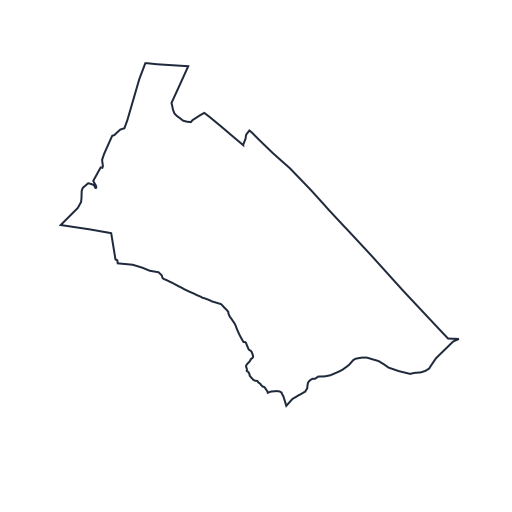 outline of Fantanele, Arad, Romania, rotated 130°
{"feature_id": "2599482B83782028034718", "entity_name": "Fantanele", "entity_type": "district", "adm_level": 2, "iso_a3": "ROU", "parent_name": "Romania", "parent_adm1": "Arad", "projection": "equal_earth", "projection_center": [21.396, 46.094], "detail": "fine", "context": "isolated", "style": "outline", "palette": "slate", "viewbox_px": 512, "rotation_deg": 130, "n_neighbors": 0, "source": "geoboundaries", "source_scale": "gbopen_adm2", "svg_char_len": 2993}
<svg xmlns="http://www.w3.org/2000/svg" viewBox="0 0 512 512"><g transform="rotate(130 256 256)"><path d="M357.8,425.5L350.2,413.1L345.0,404.6L342.6,400.7L331.6,381.6L349.0,361.4L348.4,359.6L350.5,357.2L342.0,344.9L338.0,335.5L335.6,327.9L331.1,320.2L331.4,315.8L332.3,314.4L333.0,313.2L332.8,311.5L331.9,308.9L331.3,306.2L330.5,303.4L328.8,295.3L327.9,291.9L327.7,290.1L326.2,284.3L324.3,277.9L324.1,276.5L322.6,271.8L322.5,270.5L321.3,267.8L320.3,265.0L319.4,262.1L319.2,260.8L318.4,259.0L316.5,254.6L315.3,251.6L315.9,247.1L316.2,243.6L316.6,241.4L318.0,239.8L319.4,236.9L319.5,236.1L320.0,234.2L321.5,228.9L322.4,226.9L324.4,223.4L326.5,219.1L327.9,215.8L329.8,210.8L329.8,210.1L328.9,208.9L329.0,207.8L329.8,206.4L330.7,204.7L331.7,202.7L332.2,201.7L332.3,200.8L332.1,199.6L332.0,198.8L332.3,197.6L333.6,195.3L334.3,194.2L335.4,193.3L336.8,193.2L338.4,193.7L339.3,193.3L341.0,193.1L343.7,193.3L345.3,193.3L346.8,192.9L347.4,192.1L347.9,191.1L348.7,190.1L350.0,189.2L349.9,188.5L349.8,187.4L350.3,185.8L350.9,185.0L351.2,184.4L351.8,183.8L351.9,182.7L352.3,181.1L352.3,179.8L352.6,178.8L352.4,177.4L351.9,176.2L351.0,174.9L350.9,174.1L351.4,173.0L351.2,171.4L351.2,170.1L351.6,169.3L351.6,168.1L351.8,167.1L351.2,166.0L351.1,164.6L351.5,163.5L352.4,160.2L353.2,159.1L350.1,157.3L346.0,153.1L344.6,150.8L344.2,148.8L344.7,147.7L345.5,146.1L345.7,145.2L348.1,141.4L351.3,136.5L342.1,136.2L334.7,133.6L333.5,133.0L330.2,131.9L328.1,131.1L326.5,131.5L324.6,131.6L322.3,133.2L319.9,134.6L317.9,134.9L315.9,134.6L313.8,133.8L312.1,131.9L308.3,130.8L304.1,126.0L299.5,122.3L298.0,121.6L291.5,118.3L287.7,116.7L283.0,115.5L279.5,114.7L278.1,114.7L273.3,114.6L270.7,113.7L266.0,109.8L262.6,105.8L260.4,100.7L257.7,94.6L256.7,88.0L256.3,82.8L255.5,80.7L252.4,72.6L247.2,62.1L243.7,59.5L239.2,54.9L235.1,52.4L230.9,51.0L227.5,51.5L218.5,52.4L194.7,50.0L189.2,47.3L192.5,51.6L195.8,55.8L194.3,68.8L188.0,121.3L181.5,168.0L181.2,170.4L177.2,202.6L176.5,209.0L173.9,230.1L172.9,236.7L171.3,248.5L170.3,255.6L169.6,261.8L168.7,270.5L167.6,281.0L167.0,286.3L166.9,289.5L166.8,294.7L166.4,308.6L165.4,323.2L164.9,329.6L164.1,338.4L164.1,341.7L169.0,341.6L170.7,340.8L171.9,340.0L173.1,339.3L175.5,338.5L179.1,337.3L179.3,337.1L179.3,350.6L179.2,364.0L179.3,380.6L179.6,387.6L184.4,389.4L192.9,392.0L195.2,391.9L196.3,393.5L197.3,394.8L199.2,398.8L199.3,402.7L199.6,406.8L199.2,410.2L197.2,413.8L195.0,416.5L193.1,419.1L173.5,424.5L154.2,429.9L172.9,455.3L178.4,463.5L179.5,464.7L195.5,459.1L234.8,441.8L242.8,438.9L243.2,439.2L246.3,441.2L250.4,441.8L254.4,442.2L255.8,443.1L256.4,443.4L257.6,443.1L275.4,438.0L281.3,435.7L285.6,431.0L287.2,430.4L288.0,431.9L291.2,431.3L302.9,429.0L303.3,428.5L304.3,425.9L305.0,423.9L305.9,422.6L306.4,422.4L306.9,422.4L307.0,422.6L307.0,423.1L306.1,425.0L305.9,426.0L306.4,427.4L306.8,428.5L308.1,431.3L315.1,432.5L318.0,431.5L324.1,426.7L327.1,424.7L333.7,423.4L336.3,423.6L338.2,423.8L348.6,424.7L357.8,425.5Z" fill="none" stroke="#1e293b" stroke-width="2"/></g></svg>